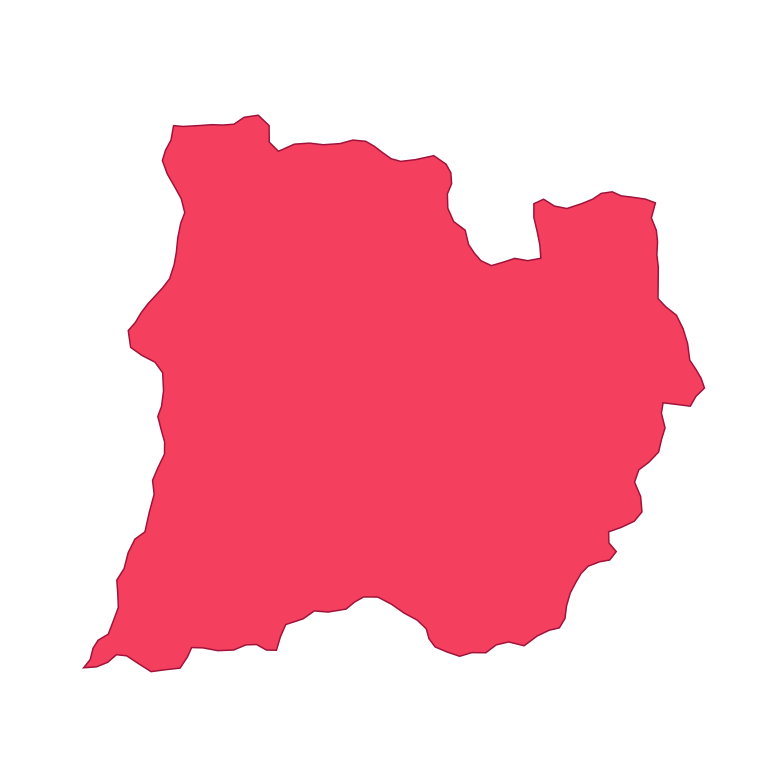 outline of Bom Repouso, Minas Gerais, Brazil, rotated 356°
{"feature_id": "56859067B38014938025616", "entity_name": "Bom Repouso", "entity_type": "district", "adm_level": 2, "iso_a3": "BRA", "parent_name": "Brazil", "parent_adm1": "Minas Gerais", "projection": "mercator", "projection_center": [-46.184, -22.441], "detail": "fine", "context": "isolated", "style": "filled", "palette": "rose", "viewbox_px": 768, "rotation_deg": 356, "n_neighbors": 0, "source": "geoboundaries", "source_scale": "gbopen_adm2", "svg_char_len": 2346}
<svg xmlns="http://www.w3.org/2000/svg" viewBox="0 0 768 768"><g transform="rotate(356 384 384)"><path d="M667.4,222.3L657.7,217.8L642.9,214.6L633.8,212.9L625.1,208.2L614.0,209.0L605.0,214.2L593.3,218.0L578.7,221.7L566.4,218.4L556.1,210.8L546.1,214.6L545.1,228.3L547.6,243.7L549.2,256.5L549.2,269.5L536.0,271.0L523.3,267.8L512.1,270.6L499.4,273.4L489.3,267.8L483.2,259.7L478.1,250.7L475.7,236.2L464.8,226.8L459.9,213.1L460.5,198.8L465.4,188.9L465.4,178.0L461.3,169.1L449.6,159.7L430.8,162.4L416.2,163.1L406.7,159.7L399.0,153.3L390.9,146.2L382.6,140.6L370.0,138.5L356.9,141.1L340.1,141.1L326.5,138.5L311.3,138.5L294.9,144.5L286.4,134.7L287.4,118.2L277.3,107.1L263.0,108.2L252.4,114.4L240.7,114.4L230.6,113.3L216.8,113.3L201.8,113.1L192.1,111.6L188.5,125.9L182.4,135.5L178.5,145.6L182.4,159.2L188.5,171.8L194.7,185.1L197.2,199.2L192.5,209.3L188.5,223.6L186.0,238.3L183.0,250.3L177.5,264.0L169.8,272.7L161.7,280.4L154.5,287.1L146.8,295.8L140.3,305.2L132.6,312.9L133.8,329.8L144.5,338.6L157.1,346.3L164.0,357.4L163.6,375.4L160.5,390.8L156.1,400.6L158.5,413.9L161.1,426.5L160.1,438.7L153.0,451.1L146.4,463.9L147.0,478.0L140.9,495.6L135.2,514.8L124.7,521.4L117.0,534.5L111.9,549.9L103.8,561.0L103.8,574.7L103.4,588.4L98.2,599.9L91.5,614.3L81.0,619.6L75.3,627.3L71.7,638.4L64.6,646.1L77.5,646.1L89.1,642.3L98.2,635.4L108.3,637.2L118.6,645.1L131.6,654.7L145.5,653.8L160.7,653.2L168.8,642.7L173.7,633.5L185.0,634.6L199.6,638.4L215.4,638.9L228.1,634.6L238.7,635.0L248.2,641.2L258.1,642.1L263.0,629.0L269.2,617.1L287.0,612.6L298.6,605.5L312.3,607.6L330.4,605.9L339.7,599.3L348.8,595.0L362.9,596.1L376.1,604.2L388.3,614.1L400.6,621.8L409.1,631.2L411.1,641.2L416.6,649.8L428.3,655.8L440.5,660.9L452.8,658.1L466.8,659.2L477.7,652.1L490.3,650.0L505.5,654.9L519.2,646.1L531.4,641.2L541.9,639.5L548.2,630.5L550.6,618.1L555.2,605.5L561.7,595.0L567.4,586.7L574.9,580.0L586.6,576.4L596.9,575.3L604.0,567.4L597.3,558.2L597.8,547.1L610.9,543.5L624.1,538.3L632.4,529.6L632.2,514.2L627.1,499.4L632.2,487.4L642.9,480.4L653.2,471.0L657.1,458.3L661.3,447.4L658.7,432.5L661.1,422.2L674.5,424.8L688.0,427.5L694.3,418.1L703.4,410.4L700.8,400.6L696.3,391.4L690.7,381.6L689.7,364.9L686.2,349.7L680.5,335.8L670.4,326.6L663.3,317.9L664.6,301.8L665.8,286.4L665.2,274.0L666.8,261.2L666.4,249.7L662.3,237.0L667.4,222.3Z" fill="#f43f5e" stroke="#9f1239" stroke-width="1.5"/></g></svg>